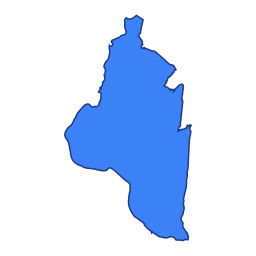 Juanacatlán, Jalisco, Mexico (Equal Earth projection)
{"feature_id": "50627088B972054417519", "entity_name": "Juanacatlán", "entity_type": "district", "adm_level": 2, "iso_a3": "MEX", "parent_name": "Mexico", "parent_adm1": "Jalisco", "projection": "equal_earth", "projection_center": [-103.138, 20.486], "detail": "fine", "context": "isolated", "style": "filled", "palette": "blue", "viewbox_px": 256, "rotation_deg": 0, "n_neighbors": 0, "source": "geoboundaries", "source_scale": "gbopen_adm2", "svg_char_len": 5710}
<svg xmlns="http://www.w3.org/2000/svg" viewBox="0 0 256 256"><path d="M188.0,239.7L188.4,237.0L187.3,233.2L187.0,232.9L186.4,231.9L185.8,231.5L185.1,230.6L184.7,229.4L184.0,228.9L183.1,227.1L182.7,225.9L183.0,223.6L182.8,222.4L182.2,221.8L181.2,220.6L181.1,219.1L181.3,217.6L182.2,215.6L182.8,214.5L183.3,213.1L183.3,211.8L183.8,210.2L184.1,208.7L184.1,207.7L183.4,203.8L183.7,202.1L183.8,200.7L183.5,199.2L183.7,198.0L186.3,186.8L186.6,179.4L187.3,176.4L187.2,172.4L188.0,167.4L189.4,139.3L190.4,134.4L190.9,131.7L190.6,130.9L189.6,129.4L190.0,127.3L190.0,126.7L190.4,126.6L191.2,125.4L189.9,125.0L189.7,125.0L189.1,125.7L188.9,126.0L188.6,126.2L188.3,126.3L188.0,126.2L187.9,125.6L187.6,125.3L187.3,125.3L187.1,125.5L186.8,126.2L186.8,126.8L186.4,128.3L186.1,128.3L185.8,128.2L185.5,128.2L184.4,128.8L184.1,128.9L183.8,129.2L182.1,129.2L181.6,129.7L181.1,130.3L180.7,130.1L180.5,129.6L179.5,129.7L179.3,130.0L178.8,130.6L178.6,131.2L178.1,131.2L178.3,130.5L178.1,130.0L178.3,129.2L178.6,127.7L179.4,127.0L180.2,126.3L180.5,125.8L180.3,124.6L180.6,121.7L181.3,115.0L182.3,105.8L182.8,101.3L182.3,101.3L182.1,100.1L182.2,99.0L181.9,97.6L181.9,96.1L182.3,95.3L182.6,93.6L182.7,92.8L182.6,90.9L183.1,90.2L183.2,89.4L183.1,87.4L183.4,85.5L183.0,85.2L182.5,84.2L181.8,84.1L181.6,84.2L181.5,84.4L179.4,85.0L178.2,86.0L177.7,86.6L176.9,87.6L176.1,88.2L175.5,89.0L175.1,89.1L174.7,89.2L174.7,90.5L174.2,91.1L173.6,91.6L173.8,89.7L172.7,89.5L171.9,89.3L171.7,90.1L171.0,90.4L170.4,90.4L170.1,89.0L169.2,88.8L167.9,87.8L167.2,87.3L165.9,86.6L165.0,86.4L163.8,85.8L164.2,85.3L165.2,84.5L165.4,83.8L166.2,82.7L165.8,82.6L166.3,80.8L166.8,80.8L167.0,80.9L167.4,80.0L167.4,79.1L167.9,78.4L167.9,77.4L169.2,77.1L169.5,76.6L170.3,76.3L170.7,75.7L171.9,74.7L172.3,73.1L173.0,73.1L173.5,72.7L173.8,72.3L173.8,71.7L174.0,71.1L174.3,70.7L174.7,70.7L174.8,70.1L176.0,69.7L174.8,67.8L174.5,66.9L173.9,66.0L173.3,65.4L172.8,65.1L172.2,65.1L171.5,64.8L169.8,64.4L169.2,64.1L167.7,62.7L166.8,62.0L166.0,61.2L165.2,60.5L164.6,59.6L162.0,57.5L155.2,51.6L154.4,51.2L152.7,51.0L150.9,50.6L147.9,49.3L146.5,48.7L144.8,48.7L144.7,47.6L144.3,47.8L144.3,48.6L143.9,48.7L143.9,47.8L141.6,48.3L141.2,48.0L141.4,47.5L141.2,47.4L141.2,47.2L141.5,46.1L141.8,45.8L141.9,45.5L141.9,44.7L142.3,44.6L142.7,44.6L142.4,43.5L142.3,41.7L142.1,41.3L141.8,40.8L141.8,40.7L141.9,40.3L141.0,39.5L140.5,38.9L139.5,36.8L138.9,36.5L138.3,35.6L140.3,33.2L141.3,27.8L143.1,19.8L136.5,15.4L134.7,16.8L132.1,18.5L130.9,18.9L129.4,19.0L128.6,19.0L127.0,18.4L126.1,18.0L125.8,17.9L125.7,18.2L124.9,19.3L124.7,19.8L124.7,21.2L124.8,22.0L124.7,26.7L125.1,28.4L126.1,30.8L126.2,33.1L125.7,33.8L124.7,34.6L123.4,35.0L121.5,35.5L120.3,36.3L119.4,37.4L118.8,37.5L118.4,37.8L117.9,37.8L115.6,38.8L114.4,39.5L113.3,39.9L112.2,40.1L111.6,41.0L111.5,41.5L111.5,42.2L112.4,43.2L112.8,44.1L112.6,44.6L112.2,45.5L111.5,46.1L110.4,46.1L109.8,45.9L109.5,45.5L109.5,46.0L109.2,46.4L109.2,47.3L109.4,47.9L109.5,48.3L109.5,49.6L109.7,50.9L109.7,53.1L109.1,55.7L108.8,56.6L108.8,56.9L108.5,58.1L108.0,59.7L106.7,60.8L106.2,61.3L104.6,64.1L104.3,64.9L104.0,66.6L104.0,66.9L105.2,69.2L105.5,70.2L105.0,73.1L105.0,73.6L105.0,73.9L104.7,74.4L104.4,74.6L104.1,75.0L104.8,77.0L104.9,77.8L104.9,78.7L104.8,79.2L104.6,79.9L104.3,80.3L104.2,80.6L104.0,80.8L103.8,80.9L103.0,81.8L102.9,82.1L102.7,82.4L102.6,82.6L102.6,82.9L102.5,83.2L102.5,84.5L102.3,85.4L101.2,86.9L101.1,88.0L100.5,87.4L100.4,87.3L100.2,87.3L100.0,87.9L100.0,88.2L100.1,88.8L100.4,89.2L100.4,89.5L99.5,90.3L98.8,91.5L98.5,91.8L98.4,92.1L101.0,93.0L101.0,95.9L100.7,98.7L100.4,100.1L100.1,101.1L99.8,101.6L99.7,102.0L99.2,103.0L98.9,104.5L98.8,104.8L98.4,105.5L98.1,105.9L97.5,106.4L96.8,106.7L96.3,106.7L95.2,106.4L94.8,106.4L94.7,106.6L93.9,106.7L93.5,106.7L93.0,107.0L92.7,107.0L92.1,106.9L91.0,106.3L89.6,104.6L88.2,104.0L87.0,104.1L85.0,105.0L84.3,105.5L82.6,107.2L78.4,112.1L77.5,113.3L77.0,114.1L76.5,115.7L76.4,115.9L76.2,116.5L75.9,116.6L76.0,117.1L75.5,117.7L74.9,118.3L74.4,118.9L73.7,120.8L73.0,122.0L72.0,124.1L71.9,124.2L70.6,125.7L70.2,125.9L69.7,126.3L67.6,128.2L66.2,130.6L65.5,131.8L65.0,133.5L64.8,135.2L65.4,137.2L65.9,138.2L66.0,138.4L67.7,140.8L68.3,142.1L68.9,143.9L69.4,146.4L70.2,150.7L70.5,152.4L70.6,153.4L71.1,156.4L72.0,158.7L73.0,160.6L73.8,161.5L75.5,163.1L77.8,164.5L78.9,165.1L80.5,165.5L82.4,166.3L82.6,166.5L83.9,167.4L87.4,168.2L89.5,168.4L91.6,168.6L94.2,169.1L95.7,169.2L96.6,169.6L99.0,170.1L100.2,170.3L101.5,170.6L102.0,170.7L102.3,170.8L103.6,170.7L105.0,170.7L106.0,170.5L106.8,170.1L107.5,169.5L108.0,168.6L109.0,167.8L111.0,168.1L114.0,170.0L119.7,175.1L122.9,178.2L125.2,180.2L128.2,182.3L129.0,183.0L129.6,183.8L130.0,184.6L129.9,184.8L130.1,185.6L130.2,187.2L130.1,187.9L130.0,188.3L130.2,188.7L130.1,189.2L130.1,189.9L129.7,192.0L129.6,192.6L129.5,192.9L129.2,194.0L129.2,194.6L129.0,195.5L128.9,196.9L128.6,199.7L128.5,201.2L128.5,202.9L129.0,205.9L129.2,206.7L130.0,209.1L130.5,210.2L131.4,211.7L131.7,212.4L132.1,213.1L132.5,213.7L132.8,214.0L133.4,214.8L133.5,215.2L134.0,215.9L134.8,216.7L135.1,216.9L135.5,217.1L136.0,217.5L136.3,217.7L138.3,219.0L139.3,219.9L139.5,219.9L139.7,220.2L140.6,220.8L141.2,221.1L142.8,222.3L143.5,223.0L144.5,223.7L144.2,224.7L146.1,227.0L147.4,228.4L150.8,231.0L151.7,232.1L151.4,232.8L151.6,233.0L151.8,232.1L152.1,231.6L153.5,232.8L155.8,234.4L158.7,236.3L159.8,236.8L162.0,237.1L163.7,237.7L164.1,237.4L164.5,237.4L165.1,237.6L165.4,237.9L166.2,237.9L167.5,237.7L169.1,237.2L170.0,236.7L171.8,236.7L172.5,236.9L174.3,237.6L175.7,239.7L176.6,240.1L178.2,239.9L178.8,239.9L179.4,240.2L180.8,240.1L182.2,240.6L182.5,240.6L183.2,240.5L185.1,239.4L186.6,239.7L187.3,239.6L188.0,239.7Z" fill="#3b82f6" stroke="#1e3a8a" stroke-width="1.5"/></svg>